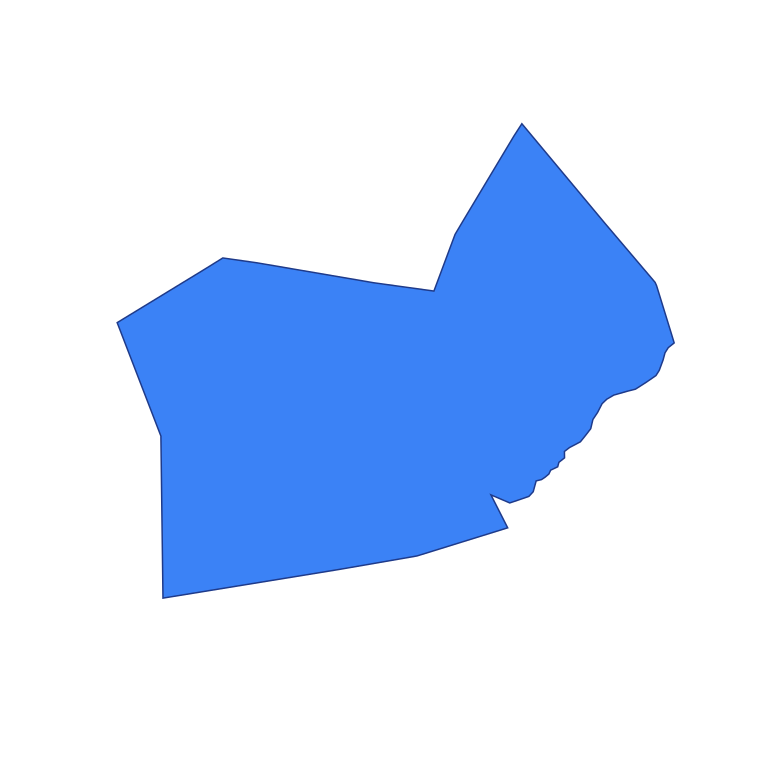 Bayanxongor, Bayanhongor, Mongolia, rotated 66°
{"feature_id": "93677404B23536914155847", "entity_name": "Bayanxongor", "entity_type": "district", "adm_level": 2, "iso_a3": "MNG", "parent_name": "Mongolia", "parent_adm1": "Bayanhongor", "projection": "robinson", "projection_center": [100.717, 46.188], "detail": "fine", "context": "isolated", "style": "filled", "palette": "blue", "viewbox_px": 768, "rotation_deg": 66, "n_neighbors": 0, "source": "geoboundaries", "source_scale": "gbopen_adm2", "svg_char_len": 816}
<svg xmlns="http://www.w3.org/2000/svg" viewBox="0 0 768 768"><g transform="rotate(66 384 384)"><path d="M219.4,602.8L341.0,609.0L341.3,609.2L489.7,673.0L535.3,499.9L554.5,423.8L565.7,329.5L528.8,331.4L543.8,317.5L544.7,308.0L545.6,297.3L543.1,291.5L534.4,284.4L535.4,279.0L534.7,274.9L533.3,270.0L530.5,266.8L530.3,259.0L526.7,256.1L524.9,249.1L519.0,246.6L517.5,240.3L516.7,228.1L512.8,220.5L508.9,213.3L501.4,207.6L496.9,200.5L490.7,192.8L488.5,186.7L487.6,178.6L489.6,164.5L491.0,156.4L489.0,143.3L486.9,132.1L483.5,127.0L475.6,119.3L469.8,114.6L466.4,109.5L464.5,102.2L452.5,100.7L405.1,95.0L401.4,95.0L327.4,116.7L202.3,152.2L210.4,164.6L267.4,245.8L276.2,258.2L319.4,300.6L287.4,352.1L222.0,450.2L220.9,451.9L203.3,480.0L206.1,500.3L219.4,602.8Z" fill="#3b82f6" stroke="#1e3a8a" stroke-width="1.5"/></g></svg>